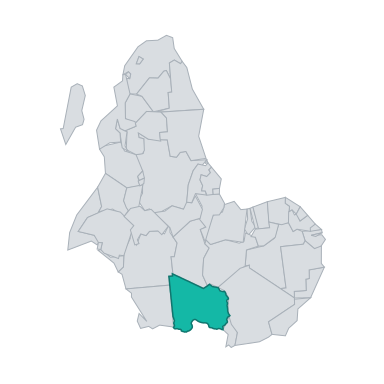 Libya highlighted on a map of Africa, rotated 175°
{"feature_id": "LBY", "entity_name": "Libya", "entity_type": "country or territory", "adm_level": 0, "iso_a3": "LBY", "parent_name": "Africa", "parent_adm1": "", "projection": "natural_earth1", "projection_center": [17.634, 26.339], "detail": "fine", "context": "in_parent", "style": "filled", "palette": "teal", "viewbox_px": 384, "rotation_deg": 175, "n_neighbors": 49, "source": "natural_earth", "source_scale": "50m", "svg_char_len": 12765}
<svg xmlns="http://www.w3.org/2000/svg" viewBox="0 0 384 384"><g transform="rotate(175 192 192)"><path d="M256.6,201.8L276.6,218.1L276.3,234.7L280.4,242.7L277.4,245.3L258.7,248.0L255.7,238.8L244.5,234.1L240.3,226.1L239.3,217.3L244.7,212.3L243.4,202.6L256.6,201.8Z" fill="#d9dde1" stroke="#a8b0b8" stroke-width="1"/><path d="M99.2,77.5L98.8,84.1L86.8,83.9L86.2,95.2L82.7,95.6L82.1,104.2L66.7,105.6L83.1,76.3L99.2,77.5Z" fill="#d9dde1" stroke="#a8b0b8" stroke-width="1"/><path d="M239.3,217.3L244.5,234.1L236.9,234.9L235.4,249.2L240.1,250.9L240.4,255.6L230.9,248.4L212.1,246.1L210.6,229.5L204.4,228.0L200.3,232.5L194.5,232.9L190.2,223.3L174.5,222.9L179.9,217.3L183.6,219.3L189.0,213.1L195.1,199.5L198.6,179.2L202.0,175.6L213.1,180.0L225.4,174.6L231.9,174.7L235.9,178.9L240.7,177.5L246.3,188.0L241.4,195.0L239.3,217.3Z" fill="#d9dde1" stroke="#a8b0b8" stroke-width="1"/><path d="M285.6,205.0L283.3,185.4L287.6,179.1L298.3,175.7L308.8,162.6L293.2,157.4L288.8,151.4L291.0,147.5L296.6,151.9L320.8,145.0L317.4,162.3L308.8,179.2L285.6,205.0Z" fill="#d9dde1" stroke="#a8b0b8" stroke-width="1"/><path d="M276.6,218.1L256.6,201.8L260.9,189.3L257.0,179.0L261.8,173.5L272.5,181.9L286.6,180.5L283.3,185.4L285.6,205.0L276.6,218.1Z" fill="#d9dde1" stroke="#a8b0b8" stroke-width="1"/><path d="M221.2,161.6L218.4,159.7L217.1,158.4L217.4,153.5L211.3,142.5L215.3,129.0L218.5,129.3L218.2,110.0L222.4,110.0L222.3,101.2L266.2,101.2L268.9,116.1L272.5,118.8L266.8,123.4L265.0,138.3L257.6,151.1L256.7,159.6L251.8,144.0L246.7,154.7L241.6,152.6L237.8,156.5L229.4,156.2L223.1,152.7L218.7,159.9L221.2,161.6Z" fill="#d9dde1" stroke="#a8b0b8" stroke-width="1"/><path d="M218.1,111.8L218.5,129.3L215.3,129.0L211.3,142.5L214.8,148.9L196.4,163.1L186.2,165.1L181.3,155.8L187.0,153.9L183.7,139.3L179.8,134.7L186.2,124.8L188.7,108.3L184.9,97.4L188.6,95.0L218.1,111.8Z" fill="#d9dde1" stroke="#a8b0b8" stroke-width="1"/><path d="M190.4,323.0L192.2,320.8L198.1,325.0L203.3,322.5L203.4,306.2L207.0,315.3L209.6,314.8L215.9,308.4L224.5,309.4L238.7,294.4L245.2,295.1L247.7,304.4L247.1,310.9L244.2,310.4L242.8,314.9L244.9,317.3L250.6,314.9L248.0,323.7L233.1,341.4L224.2,346.6L212.8,346.2L203.8,350.3L197.8,347.4L197.2,336.5L190.4,323.0ZM236.3,324.6L233.0,324.2L229.0,328.7L233.0,331.6L236.3,324.6Z" fill="#d9dde1" stroke="#a8b0b8" stroke-width="1"/><path d="M236.3,324.6L233.0,331.6L229.0,328.7L233.0,324.2L236.3,324.6Z" fill="#d9dde1" stroke="#a8b0b8" stroke-width="1"/><path d="M245.2,295.1L233.5,291.7L223.5,275.3L230.2,276.2L242.4,265.5L251.9,270.8L250.8,286.6L245.2,295.1Z" fill="#d9dde1" stroke="#a8b0b8" stroke-width="1"/><path d="M238.7,294.4L224.5,309.4L215.9,308.4L209.6,314.8L207.0,315.3L203.4,306.2L203.5,293.3L207.1,293.2L207.3,277.5L223.5,275.3L233.5,291.7L238.7,294.4Z" fill="#d9dde1" stroke="#a8b0b8" stroke-width="1"/><path d="M203.5,293.3L203.3,322.5L198.1,325.0L192.2,320.8L190.4,323.0L186.3,316.4L182.7,294.5L173.1,273.4L222.8,274.6L207.3,277.5L207.1,293.2L203.5,293.3Z" fill="#d9dde1" stroke="#a8b0b8" stroke-width="1"/><path d="M66.4,138.1L63.2,133.1L69.1,125.6L74.9,124.9L83.6,133.6L85.7,143.2L66.3,143.4L65.8,140.1L77.1,138.5L66.4,138.1Z" fill="#d9dde1" stroke="#a8b0b8" stroke-width="1"/><path d="M85.7,143.2L83.6,133.6L85.6,130.3L108.5,129.8L106.7,88.2L112.4,88.1L141.4,111.3L141.3,114.1L145.5,113.7L142.8,129.5L125.2,132.1L114.0,138.7L108.5,152.2L98.6,153.0L94.7,143.8L90.7,145.8L85.7,143.2Z" fill="#d9dde1" stroke="#a8b0b8" stroke-width="1"/><path d="M66.7,105.6L82.1,104.2L82.7,95.6L86.2,95.2L86.8,83.9L98.8,84.1L99.2,77.5L112.4,88.1L106.7,88.2L108.5,129.8L85.6,130.3L83.6,133.6L74.9,124.9L67.8,127.0L69.4,109.6L66.7,105.6Z" fill="#d9dde1" stroke="#a8b0b8" stroke-width="1"/><path d="M138.7,170.2L135.6,170.7L135.0,157.7L131.7,151.8L139.6,144.1L143.1,150.6L138.9,160.4L138.7,170.2Z" fill="#d9dde1" stroke="#a8b0b8" stroke-width="1"/><path d="M184.9,97.4L188.7,108.3L186.2,124.8L179.8,134.7L183.7,139.3L182.2,143.0L178.1,138.1L162.8,141.5L149.4,136.9L144.4,138.4L142.4,146.6L132.8,141.4L130.6,132.3L142.8,129.5L145.5,113.7L174.4,94.7L182.2,99.0L184.9,97.4Z" fill="#d9dde1" stroke="#a8b0b8" stroke-width="1"/><path d="M138.7,170.2L145.4,137.4L162.8,141.5L178.1,138.1L183.6,144.7L172.9,167.1L163.4,169.4L160.6,176.7L150.8,179.0L144.9,170.2L138.7,170.2Z" fill="#d9dde1" stroke="#a8b0b8" stroke-width="1"/><path d="M183.3,141.3L187.0,153.9L181.3,155.8L186.8,164.0L183.2,176.9L188.7,190.1L164.9,187.6L160.6,177.9L161.6,173.6L166.8,166.8L172.9,167.1L183.3,141.3Z" fill="#d9dde1" stroke="#a8b0b8" stroke-width="1"/><path d="M132.2,149.5L135.6,170.7L132.6,171.7L128.6,150.8L132.2,149.5Z" fill="#d9dde1" stroke="#a8b0b8" stroke-width="1"/><path d="M128.9,149.4L132.6,171.7L117.8,175.8L117.8,149.6L128.9,149.4Z" fill="#d9dde1" stroke="#a8b0b8" stroke-width="1"/><path d="M98.6,153.0L105.5,151.6L118.1,155.4L117.8,175.8L99.4,178.5L100.0,172.6L96.1,169.3L98.6,153.0Z" fill="#d9dde1" stroke="#a8b0b8" stroke-width="1"/><path d="M77.5,142.5L90.7,145.8L94.7,143.8L98.6,153.0L97.4,164.0L93.9,165.6L91.9,160.2L89.1,161.1L86.9,153.7L78.8,158.7L72.0,149.3L77.5,142.5Z" fill="#d9dde1" stroke="#a8b0b8" stroke-width="1"/><path d="M66.3,143.4L77.5,142.5L77.3,145.9L72.0,149.3L66.3,143.4Z" fill="#d9dde1" stroke="#a8b0b8" stroke-width="1"/><path d="M96.8,164.0L96.1,169.3L100.0,172.6L99.4,178.5L85.5,167.9L90.1,160.8L93.9,165.6L96.8,164.0Z" fill="#d9dde1" stroke="#a8b0b8" stroke-width="1"/><path d="M78.8,158.7L86.9,153.7L90.1,160.8L85.5,167.9L78.8,158.7Z" fill="#d9dde1" stroke="#a8b0b8" stroke-width="1"/><path d="M108.5,152.2L113.0,139.7L125.2,132.1L130.6,132.3L132.8,141.4L137.1,142.4L132.2,149.5L117.8,149.6L118.1,155.4L108.5,152.2Z" fill="#d9dde1" stroke="#a8b0b8" stroke-width="1"/><path d="M231.9,174.7L220.7,175.3L213.1,180.0L202.0,175.6L198.2,182.3L193.2,181.3L189.0,187.7L183.1,173.8L186.2,165.1L196.4,163.1L214.8,148.9L217.1,158.4L231.9,174.7Z" fill="#d9dde1" stroke="#a8b0b8" stroke-width="1"/><path d="M198.2,182.3L195.1,199.5L189.0,213.1L183.6,219.3L176.2,217.0L173.5,219.6L170.4,215.0L173.3,212.6L171.9,209.7L176.0,206.1L181.4,208.4L183.0,203.4L180.8,197.4L182.4,192.4L178.7,191.9L177.9,187.7L188.7,190.1L193.2,181.3L198.2,182.3Z" fill="#d9dde1" stroke="#a8b0b8" stroke-width="1"/><path d="M171.1,187.7L177.4,187.5L178.7,191.9L182.4,192.4L180.8,197.4L183.0,203.4L181.4,208.4L176.0,206.1L171.9,209.7L173.3,212.6L170.4,215.0L161.7,202.5L164.3,193.2L171.1,193.0L171.1,187.7Z" fill="#d9dde1" stroke="#a8b0b8" stroke-width="1"/><path d="M164.9,187.6L171.1,187.7L171.1,193.0L164.3,193.2L164.9,187.6Z" fill="#d9dde1" stroke="#a8b0b8" stroke-width="1"/><path d="M244.5,234.1L253.8,239.9L251.5,257.6L253.5,258.8L242.1,262.4L242.4,265.5L230.2,276.2L215.9,274.3L211.0,268.0L211.2,254.1L219.1,254.1L218.7,245.4L230.9,248.4L240.4,255.6L240.1,250.9L235.4,249.2L235.8,237.7L238.0,234.4L244.5,234.1Z" fill="#d9dde1" stroke="#a8b0b8" stroke-width="1"/><path d="M252.1,238.0L257.7,242.1L258.6,257.0L262.7,261.6L260.0,271.2L258.1,261.6L251.5,257.6L254.7,243.7L252.1,238.0Z" fill="#d9dde1" stroke="#a8b0b8" stroke-width="1"/><path d="M258.7,248.0L269.6,248.2L280.4,242.7L281.7,261.9L276.5,270.8L258.8,284.3L260.7,303.3L251.5,308.8L250.6,314.9L247.9,314.8L245.2,295.1L250.8,286.6L251.9,270.8L242.6,267.1L242.1,262.4L253.5,258.8L258.1,261.6L260.0,271.2L262.7,261.6L258.6,257.0L258.7,248.0Z" fill="#d9dde1" stroke="#a8b0b8" stroke-width="1"/><path d="M247.9,314.8L244.9,317.3L242.8,314.9L244.2,310.4L247.9,314.8Z" fill="#d9dde1" stroke="#a8b0b8" stroke-width="1"/><path d="M173.5,219.6L176.2,219.4L174.5,222.9L173.5,219.6ZM175.1,224.3L190.2,223.3L194.5,232.9L200.3,232.5L204.4,228.0L210.6,229.5L212.1,246.1L219.1,246.8L219.1,254.1L211.2,254.1L211.0,268.0L215.9,274.3L173.1,273.4L180.5,247.0L175.1,224.3Z" fill="#d9dde1" stroke="#a8b0b8" stroke-width="1"/><path d="M243.6,208.2L244.7,212.3L239.3,217.3L238.2,210.0L243.6,208.2Z" fill="#d9dde1" stroke="#a8b0b8" stroke-width="1"/><path d="M313.6,250.3L317.5,266.4L314.8,266.4L303.2,307.0L296.9,309.9L292.0,307.2L289.9,297.4L294.7,282.7L293.2,273.8L295.2,268.6L302.3,266.7L313.6,250.3Z" fill="#d9dde1" stroke="#a8b0b8" stroke-width="1"/><path d="M65.8,140.1L72.6,136.9L77.1,138.5L65.8,140.1Z" fill="#d9dde1" stroke="#a8b0b8" stroke-width="1"/><path d="M165.7,64.6L159.0,48.0L162.6,35.4L166.5,33.7L168.8,36.4L171.8,34.8L168.4,46.9L173.1,52.2L165.7,64.6Z" fill="#d9dde1" stroke="#a8b0b8" stroke-width="1"/><path d="M99.2,77.5L99.6,71.1L127.1,56.0L124.7,43.2L128.3,40.8L137.9,36.9L162.6,35.4L159.0,48.0L164.3,56.7L166.7,68.5L164.7,83.2L168.2,90.7L174.4,94.7L150.7,111.8L141.3,114.1L141.4,111.3L99.2,77.5Z" fill="#d9dde1" stroke="#a8b0b8" stroke-width="1"/><path d="M265.5,134.5L266.8,123.4L272.5,118.8L275.9,127.9L290.6,142.0L287.9,142.7L278.9,134.1L265.5,134.5Z" fill="#d9dde1" stroke="#a8b0b8" stroke-width="1"/><path d="M83.1,76.3L96.7,66.3L98.5,54.7L107.5,47.9L111.5,40.6L124.7,43.2L127.1,56.0L99.6,71.1L99.3,76.3L83.1,76.3Z" fill="#d9dde1" stroke="#a8b0b8" stroke-width="1"/><path d="M266.2,101.2L222.3,101.2L222.2,59.1L235.8,62.2L243.2,59.1L246.8,61.9L255.1,60.6L257.8,68.2L255.3,75.6L248.3,67.0L261.5,92.7L261.1,96.4L266.2,101.2Z" fill="#d9dde1" stroke="#a8b0b8" stroke-width="1"/><path d="M308.8,162.6L298.3,175.7L278.0,182.6L265.1,178.2L252.9,163.6L265.5,134.5L269.9,135.4L271.0,132.1L284.9,138.7L287.9,142.7L285.8,149.3L289.6,149.8L293.2,157.4L308.8,162.6Z" fill="#d9dde1" stroke="#a8b0b8" stroke-width="1"/><path d="M287.9,142.7L291.5,143.4L289.6,149.8L285.8,149.3L287.9,142.7Z" fill="#d9dde1" stroke="#a8b0b8" stroke-width="1"/><path d="M256.6,201.8L240.3,203.5L246.5,181.1L257.0,179.0L258.8,182.1L260.9,189.3L256.6,201.8Z" fill="#d9dde1" stroke="#a8b0b8" stroke-width="1"/><path d="M243.4,202.6L244.7,207.6L238.2,210.0L239.2,204.7L243.4,202.6Z" fill="#d9dde1" stroke="#a8b0b8" stroke-width="1"/><path d="M245.0,182.3L240.7,177.5L234.2,178.3L218.7,159.9L225.8,152.1L229.4,156.2L237.8,156.5L241.6,152.6L246.7,154.7L250.6,149.1L249.3,145.2L253.6,144.3L256.7,159.6L252.9,163.6L261.8,173.5L254.6,181.0L245.0,182.3Z" fill="#d9dde1" stroke="#a8b0b8" stroke-width="1"/><path d="M165.8,65.0L166.2,64.7L166.8,64.5L167.2,64.3L167.3,64.1L167.8,63.4L168.0,63.1L168.3,62.5L168.5,62.2L168.5,61.8L168.5,61.4L168.2,60.5L168.0,59.5L168.2,59.2L168.3,59.0L168.6,58.6L169.4,58.3L169.6,58.1L169.8,57.7L170.1,57.3L170.4,57.1L170.6,56.8L171.3,56.4L171.9,56.1L172.6,55.7L173.1,55.4L173.2,55.1L173.2,54.9L172.9,54.4L173.0,53.7L173.0,53.2L173.0,52.9L173.2,52.1L173.7,52.3L174.3,52.4L175.9,53.4L176.5,53.5L177.6,53.7L179.0,53.2L179.5,53.2L180.4,53.6L180.8,53.7L181.5,53.7L182.6,54.1L182.9,54.2L183.6,54.8L183.9,54.9L186.3,55.5L186.6,55.8L186.9,56.5L187.0,57.3L187.1,57.9L187.4,58.7L187.8,59.2L188.2,59.7L188.6,60.0L189.7,60.4L190.9,60.6L192.0,60.6L194.1,61.2L195.8,61.9L196.3,62.2L197.1,62.6L198.9,64.2L199.8,64.7L200.5,64.8L201.1,64.7L202.2,64.2L202.6,63.8L203.7,62.5L204.1,61.7L204.2,61.2L204.2,60.7L204.0,60.3L203.7,59.8L203.5,59.1L203.4,58.0L203.5,57.2L203.7,56.7L204.1,56.2L204.9,55.3L205.8,54.6L207.4,53.8L208.3,53.8L208.7,53.7L209.5,53.1L209.8,53.0L210.2,53.2L211.4,53.1L212.0,53.3L212.7,53.7L213.5,53.9L214.1,54.2L214.7,54.5L214.8,55.2L214.8,55.4L214.8,55.7L215.4,56.2L217.3,56.5L217.6,56.6L218.1,57.0L218.5,57.1L219.7,57.2L220.5,57.1L221.2,57.3L221.4,57.4L221.7,57.7L222.0,58.4L222.2,58.7L222.0,58.8L221.8,59.1L221.7,59.3L221.4,59.7L221.1,60.1L221.2,60.7L221.2,61.3L221.4,61.9L221.6,62.6L221.6,63.0L221.4,63.5L221.3,64.0L220.8,64.9L220.7,65.1L220.7,65.4L221.1,66.5L221.1,66.8L221.3,67.9L221.5,68.7L221.7,69.4L221.8,69.6L221.8,70.6L221.8,71.6L221.8,72.6L221.8,73.5L221.9,74.5L221.9,75.5L221.9,76.5L221.9,77.5L221.9,78.5L221.9,79.5L222.0,80.5L222.0,81.5L222.0,82.5L222.0,83.4L222.0,84.4L222.0,85.4L222.0,86.4L222.1,87.4L222.1,88.4L222.1,89.4L222.1,90.4L222.1,91.3L222.1,92.3L222.1,93.3L222.2,94.3L222.2,95.3L222.2,96.3L222.2,97.3L222.2,98.3L222.2,99.3L222.2,100.2L222.3,101.2L222.3,103.4L222.3,105.6L222.3,107.8L222.4,110.0L221.4,110.0L220.5,110.0L219.6,110.0L218.7,110.0L218.7,110.6L218.7,111.1L218.7,111.7L218.7,112.2L216.9,111.2L215.1,110.1L213.3,109.1L211.5,108.1L209.8,107.0L208.0,106.0L206.2,104.9L204.4,103.9L202.6,102.9L200.9,101.8L199.1,100.8L197.3,99.7L195.6,98.7L193.8,97.7L192.0,96.6L190.3,95.6L189.0,94.9L187.7,95.6L186.7,96.1L185.3,96.8L183.8,97.8L182.6,98.5L181.2,97.2L180.2,96.3L179.8,96.0L178.0,95.5L176.2,95.0L174.3,94.5L173.9,93.8L173.5,92.9L173.0,91.8L172.7,91.1L171.1,90.5L169.6,90.0L168.7,90.3L168.3,90.1L168.0,89.8L167.9,89.4L167.5,88.9L167.2,87.8L167.2,86.9L167.1,86.5L166.4,85.3L165.6,84.1L165.2,83.3L165.1,83.0L165.1,82.5L165.3,82.1L166.1,81.7L166.7,81.2L166.8,80.8L166.9,79.9L166.7,79.6L166.5,79.0L166.4,78.2L166.4,77.7L166.7,76.8L167.0,75.7L166.8,74.6L166.7,72.3L166.8,70.5L166.8,69.9L166.7,69.6L166.5,68.8L166.3,67.9L166.2,67.6L165.8,66.9L165.3,66.0L165.0,65.5L165.4,65.2L165.8,65.0Z" fill="#14b8a6" stroke="#0f766e" stroke-width="1.5"/></g></svg>